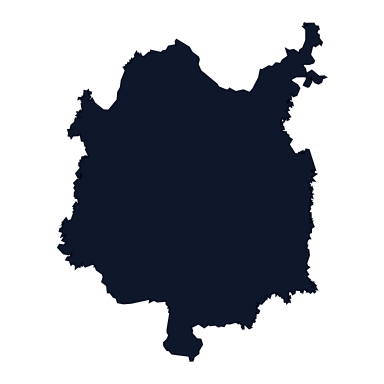 Ban Dung, Udon Thani, Thailand (Albers equal-area conic projection)
{"feature_id": "78962969B17101559907344", "entity_name": "Ban Dung", "entity_type": "district", "adm_level": 2, "iso_a3": "THA", "parent_name": "Thailand", "parent_adm1": "Udon Thani", "projection": "albers", "projection_center": [103.231, 17.709], "detail": "fine", "context": "isolated", "style": "filled", "palette": "ink", "viewbox_px": 384, "rotation_deg": 0, "n_neighbors": 0, "source": "geoboundaries", "source_scale": "gbopen_adm2", "svg_char_len": 5870}
<svg xmlns="http://www.w3.org/2000/svg" viewBox="0 0 384 384"><path d="M313.9,23.4L306.6,23.5L307.2,24.7L304.4,23.0L303.8,24.2L305.6,25.4L302.8,26.4L306.0,29.3L306.0,40.2L302.9,48.0L299.8,50.1L299.3,53.2L293.6,49.6L289.4,50.6L285.9,48.7L288.2,56.1L282.4,60.1L280.5,63.7L276.0,63.0L272.3,66.8L268.9,66.0L262.2,69.9L260.5,69.5L258.8,77.7L252.8,89.2L249.7,92.6L243.4,90.1L235.7,91.8L229.5,88.4L228.4,90.0L226.1,90.1L218.5,87.0L216.9,84.2L200.7,70.8L197.9,64.3L199.1,59.4L198.2,57.0L191.9,52.2L189.1,47.2L176.5,39.6L175.4,41.2L176.0,44.9L168.5,46.3L166.3,50.4L162.8,51.0L161.0,52.7L150.8,50.4L150.5,52.5L148.6,52.6L143.9,56.8L141.4,56.0L140.7,53.8L139.7,55.2L138.6,53.3L137.6,54.2L136.5,51.7L134.7,54.9L135.3,56.6L132.8,59.5L131.7,58.6L131.3,60.8L130.1,60.4L130.1,63.4L128.0,62.7L127.2,64.9L125.8,65.0L126.2,66.0L123.5,67.2L125.5,70.4L121.5,80.3L120.6,87.4L117.9,92.2L117.3,99.8L108.6,110.4L103.4,110.1L94.7,103.1L92.2,98.4L89.9,100.9L88.3,99.9L90.6,97.1L88.6,93.8L90.9,93.9L91.3,92.3L88.7,91.6L88.3,89.9L86.9,91.3L84.3,90.6L83.6,97.4L82.3,96.4L81.9,97.8L78.6,97.6L78.3,99.3L80.4,98.4L82.6,103.2L81.4,103.8L82.4,110.0L81.1,111.9L80.2,110.4L78.4,112.8L76.5,111.5L78.2,114.1L76.2,115.4L79.3,117.5L75.4,118.4L74.8,122.2L71.1,125.4L70.3,129.7L67.9,129.8L68.9,133.5L68.3,135.8L70.3,136.2L71.2,138.3L72.8,135.8L78.5,135.4L80.2,134.1L81.6,140.9L84.0,141.2L85.0,145.9L86.8,147.5L85.6,149.4L88.8,156.0L86.7,157.5L86.6,156.2L85.0,156.1L84.1,158.3L83.0,158.2L83.3,156.9L81.9,157.2L82.0,159.8L80.2,160.3L80.2,162.9L79.1,163.0L78.9,165.4L80.7,167.8L75.9,173.5L77.9,177.4L79.7,177.1L80.9,173.5L81.8,175.5L80.6,178.4L77.4,179.5L73.8,183.1L75.6,185.5L74.1,187.7L75.8,190.9L74.6,192.3L74.4,196.4L75.6,196.7L75.4,198.1L77.8,198.4L78.8,203.8L78.0,204.4L76.0,202.3L73.2,206.4L74.5,206.6L73.5,208.7L74.9,209.8L73.1,212.0L73.8,213.0L71.4,219.8L68.0,221.3L66.1,218.0L62.3,222.8L63.7,223.2L62.0,224.8L63.5,224.8L62.2,227.0L63.2,227.8L60.2,228.5L59.4,231.3L63.2,232.4L61.2,236.8L65.5,235.0L62.0,240.5L66.1,242.2L64.3,245.2L59.6,244.6L57.8,247.5L63.5,253.6L68.5,254.6L71.8,253.5L70.1,256.9L67.5,257.1L65.9,259.9L69.5,260.6L71.1,265.0L72.9,263.6L75.6,265.4L75.5,268.8L78.0,266.6L79.8,267.1L79.9,265.7L82.1,266.0L82.4,263.5L85.2,266.8L92.9,264.0L95.0,265.5L94.4,266.6L95.4,266.5L96.5,269.9L102.6,274.1L103.4,277.3L101.9,281.9L106.8,285.5L107.6,292.6L109.9,292.5L113.4,297.0L116.2,298.1L117.7,302.5L123.5,303.6L131.3,303.0L150.1,298.9L149.5,302.3L153.8,300.1L157.4,301.8L166.1,301.0L166.4,304.4L169.1,306.9L168.1,308.0L169.6,308.4L168.9,312.3L170.0,312.9L167.3,329.4L167.3,332.5L169.0,335.3L167.0,339.6L163.8,342.6L163.9,345.8L167.0,350.3L168.9,350.4L171.9,353.8L189.1,356.0L190.2,361.0L192.9,360.8L194.1,356.8L198.7,353.5L198.7,350.7L202.3,344.6L200.8,339.4L196.8,339.0L191.8,333.3L192.4,330.8L191.2,327.3L198.6,323.8L204.3,327.6L208.5,324.5L210.2,325.5L215.3,324.9L218.8,326.8L221.0,325.7L224.0,326.4L226.0,323.4L229.9,323.8L236.0,322.0L238.5,323.6L239.2,322.6L242.4,325.8L241.5,326.9L242.7,329.0L243.9,328.7L243.6,325.2L244.9,324.4L249.2,328.6L251.6,327.4L250.1,326.3L251.9,324.9L252.4,321.0L254.1,322.3L255.1,321.6L254.1,319.3L255.7,318.4L256.0,313.4L258.3,313.3L259.1,311.6L257.9,311.8L259.0,310.4L256.4,308.6L257.5,306.6L256.0,305.3L257.9,305.8L257.5,303.7L258.7,305.0L259.1,303.5L261.7,304.0L265.1,300.2L265.0,298.0L266.7,299.2L267.2,295.8L269.9,298.1L271.1,294.2L275.7,292.5L276.1,295.6L277.4,293.7L279.8,296.3L281.0,295.6L281.8,297.8L284.0,298.3L284.5,302.1L286.9,302.0L286.9,303.3L288.6,301.7L290.0,302.2L289.8,300.2L287.8,298.6L290.5,298.1L290.2,296.0L288.5,296.9L288.3,291.6L291.5,291.7L292.6,294.5L294.9,293.1L295.2,289.9L300.8,290.4L300.7,292.0L302.7,292.8L303.3,290.3L305.3,288.9L305.7,290.2L307.2,289.6L306.7,291.9L309.0,291.7L310.5,293.1L313.0,290.8L314.3,292.7L315.4,291.8L314.4,290.4L315.1,289.4L317.1,289.6L315.2,286.7L316.1,285.6L315.0,284.7L312.7,285.8L314.1,283.4L312.8,283.5L313.3,282.1L311.0,282.7L311.3,281.5L309.6,281.7L310.2,279.8L307.2,277.3L306.7,275.7L308.4,274.5L305.7,270.0L309.3,267.3L307.4,266.2L306.5,263.5L309.2,255.3L308.6,249.9L306.4,248.6L307.6,245.2L306.5,244.4L307.2,240.7L308.6,238.7L310.4,238.6L308.7,235.2L309.7,232.9L311.2,232.5L311.3,228.4L313.9,226.6L312.1,222.3L310.8,222.4L312.5,221.1L310.8,220.4L311.9,218.9L309.8,218.4L311.0,217.4L311.0,215.1L310.0,215.2L311.0,213.1L308.6,212.3L310.4,208.8L309.1,208.2L310.3,206.9L309.1,205.9L312.5,204.4L312.5,202.6L310.2,202.5L312.2,200.2L310.7,200.8L310.1,199.5L310.8,197.2L312.6,198.0L311.6,194.5L312.8,194.1L311.1,193.3L311.9,191.2L310.4,190.2L312.8,189.7L311.9,186.9L310.0,188.5L310.1,184.6L308.5,183.4L310.4,181.7L311.4,182.3L311.5,180.6L314.6,181.0L311.6,177.5L316.5,174.1L314.0,173.3L314.2,170.8L312.0,171.6L311.2,170.5L315.4,170.2L308.9,149.8L306.1,149.2L304.1,152.9L302.9,150.8L301.0,151.8L302.1,153.3L298.9,152.5L297.8,154.2L294.9,153.7L289.0,144.4L292.0,139.5L288.7,137.3L288.7,135.2L285.8,133.4L286.2,132.0L282.8,131.7L283.0,133.2L281.5,129.8L284.1,129.4L283.5,126.7L281.2,126.6L281.6,125.0L282.5,125.8L282.5,122.7L281.7,121.6L280.9,123.0L280.6,121.8L282.4,117.9L284.3,120.1L283.4,122.7L285.7,118.7L287.5,119.2L287.3,120.2L288.9,119.5L288.0,117.7L290.4,116.8L286.5,111.2L289.1,110.2L287.7,108.5L289.5,105.5L291.5,107.0L291.4,104.8L293.0,105.3L292.3,102.5L288.7,101.6L287.7,102.8L287.1,101.6L288.3,100.2L289.2,101.0L289.2,99.6L291.2,99.7L290.8,94.6L292.0,94.4L293.3,96.6L296.8,95.2L299.6,88.2L297.5,84.9L291.4,81.2L291.5,79.0L296.4,76.6L305.8,76.5L306.9,78.6L303.5,85.1L307.6,87.0L309.1,86.5L311.6,81.8L309.6,76.3L315.0,82.5L318.6,83.9L321.6,82.0L322.5,78.6L326.2,77.3L324.3,76.1L319.1,76.5L311.8,70.3L306.3,73.8L305.4,68.9L302.6,65.5L303.8,64.1L309.4,64.2L313.4,62.8L314.4,60.8L310.3,54.8L312.3,46.7L313.9,45.1L315.4,46.5L319.9,43.3L321.1,45.1L322.2,42.4L319.0,38.3L319.1,34.9L316.7,33.3L317.4,30.1L319.0,29.3L318.2,26.3L315.3,26.1L313.9,23.4Z" fill="#0f172a" stroke="#020617" stroke-width="1.5"/></svg>